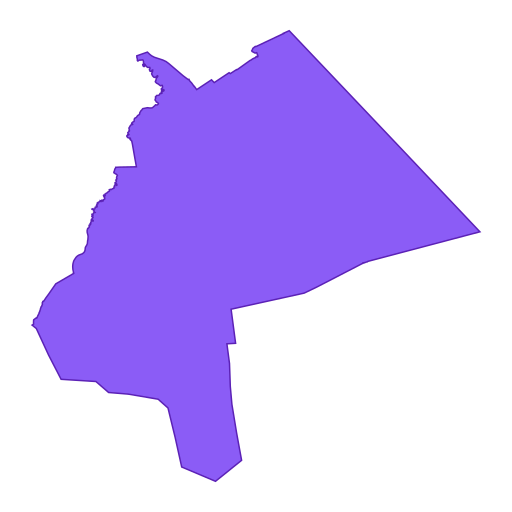 the district of Aa en Hunze, Drenthe, Netherlands
{"feature_id": "6326949B44247735625274", "entity_name": "Aa en Hunze", "entity_type": "district", "adm_level": 2, "iso_a3": "NLD", "parent_name": "Netherlands", "parent_adm1": "Drenthe", "projection": "orthographic", "projection_center": [6.676, 52.981], "detail": "fine", "context": "isolated", "style": "filled", "palette": "violet", "viewbox_px": 512, "rotation_deg": 0, "n_neighbors": 0, "source": "geoboundaries", "source_scale": "gbopen_adm2", "svg_char_len": 5711}
<svg xmlns="http://www.w3.org/2000/svg" viewBox="0 0 512 512"><path d="M390.7,137.6L289.2,30.7L283.6,33.2L283.8,33.4L256.1,46.5L255.7,46.6L255.3,46.4L252.9,48.3L252.2,50.0L251.7,50.8L252.1,51.5L255.1,53.1L255.8,52.9L256.2,52.7L256.7,52.7L256.9,53.1L257.3,54.4L257.6,54.8L257.8,55.4L257.9,56.2L257.7,56.8L257.3,56.9L256.5,56.4L256.3,56.5L256.0,56.7L255.8,57.3L255.4,57.7L254.6,57.9L252.6,58.9L250.9,60.1L250.0,60.5L238.1,69.0L236.8,69.8L236.5,69.6L230.3,73.6L229.1,72.7L214.2,82.6L211.5,79.8L196.7,89.6L194.6,86.7L194.4,86.4L194.2,86.5L191.6,82.9L189.8,81.0L188.9,79.3L188.4,79.6L188.1,79.5L183.3,75.9L168.6,63.4L166.0,61.5L162.8,60.0L154.5,57.3L151.6,55.8L149.7,54.3L147.4,52.1L136.8,55.8L136.9,57.5L137.4,59.3L137.3,60.3L137.7,61.0L138.0,61.0L139.0,60.3L139.7,60.1L140.7,60.1L142.7,59.9L143.0,60.1L143.4,61.2L143.5,61.6L143.5,62.7L143.8,63.9L143.5,64.3L142.8,64.4L142.7,64.8L143.1,65.9L143.5,66.4L144.1,66.6L144.5,66.3L144.6,65.8L144.4,64.3L144.5,64.1L145.1,64.5L145.4,65.2L145.9,65.9L147.3,67.2L148.0,67.5L149.7,67.4L150.0,68.0L150.0,68.4L149.9,68.8L149.4,69.6L149.4,69.8L149.9,70.7L150.1,71.3L151.4,71.4L151.8,70.6L152.3,70.0L152.7,70.0L152.7,70.6L152.5,71.7L151.6,73.7L151.7,74.1L152.3,75.2L152.6,75.9L154.0,77.3L154.5,77.4L155.9,77.0L156.4,76.7L157.1,75.9L157.4,75.7L157.6,75.8L157.8,76.1L157.6,76.6L157.3,77.2L156.2,78.4L156.0,80.1L155.3,81.5L155.4,81.9L156.5,83.1L158.2,84.0L160.5,85.8L160.8,85.8L162.0,85.3L162.3,85.4L162.6,86.8L162.4,87.8L161.3,88.8L161.5,90.3L161.8,90.7L162.2,90.7L162.4,90.3L162.4,90.0L162.4,89.8L162.8,89.5L163.7,89.6L163.9,89.9L164.0,90.4L163.8,90.8L162.9,91.3L161.4,91.7L161.3,92.1L161.7,92.5L162.0,93.0L161.9,93.3L161.3,93.5L160.4,93.3L160.0,93.5L159.6,94.6L159.3,94.9L158.1,95.4L156.8,95.4L155.4,96.9L155.4,97.2L155.7,97.6L155.7,98.0L155.1,99.4L155.1,100.1L156.0,101.3L156.4,102.1L157.2,102.3L158.4,103.4L158.2,104.0L157.9,104.5L157.5,104.8L157.0,105.0L155.5,104.8L154.8,105.7L153.7,106.6L152.6,107.6L151.9,107.9L149.9,108.0L147.4,107.7L142.9,108.6L142.6,108.8L142.0,109.7L141.0,110.7L139.9,112.5L139.6,113.6L139.5,114.4L138.6,115.0L137.6,115.6L136.8,116.8L136.2,117.5L134.8,118.2L134.3,119.0L134.1,121.1L134.0,121.5L133.6,121.7L132.8,122.0L131.7,123.1L131.6,123.4L131.7,123.6L132.4,123.9L132.6,124.1L132.7,124.4L132.6,124.5L131.4,124.6L131.1,124.8L130.2,125.8L129.8,126.6L129.0,127.9L128.9,128.1L129.0,128.5L129.3,129.2L129.0,130.5L129.4,130.9L129.1,131.3L127.8,132.6L128.1,133.6L128.8,134.3L128.9,134.6L128.5,134.8L128.2,134.7L128.0,134.3L127.8,134.3L127.6,134.8L127.8,135.1L127.7,135.3L127.0,135.6L126.8,135.9L126.8,136.2L127.3,137.1L127.9,137.6L128.1,137.8L130.2,138.1L130.3,138.4L130.1,138.7L130.2,138.8L129.9,138.9L130.2,139.5L131.0,140.3L131.7,140.9L132.4,144.1L134.8,157.9L136.4,166.8L119.9,167.1L115.7,167.3L115.7,167.6L115.7,167.8L114.8,169.1L114.3,171.2L113.8,172.2L114.1,173.0L114.7,173.2L115.4,173.8L116.3,174.2L117.4,175.3L116.8,176.6L116.5,178.0L116.6,178.4L116.9,178.7L116.9,178.9L115.8,180.1L116.4,180.7L116.4,181.3L115.9,182.2L115.1,182.6L115.0,182.8L115.1,183.4L115.3,183.8L115.9,183.8L116.3,183.6L116.5,183.7L116.9,184.7L116.9,185.2L116.5,185.4L115.9,185.0L115.0,184.9L114.6,185.2L114.4,185.8L114.3,186.2L114.6,186.8L113.9,187.2L113.9,188.3L112.3,188.8L111.5,189.5L110.4,189.3L109.3,189.7L109.2,189.8L109.5,190.4L109.6,190.7L109.4,191.1L107.6,192.2L106.8,193.1L106.1,193.3L105.6,193.9L105.1,194.0L104.9,194.6L104.6,195.0L103.7,195.1L103.5,195.7L103.6,195.8L104.2,195.7L104.5,195.4L105.0,195.6L104.6,196.1L104.6,196.6L104.0,196.4L103.9,196.6L104.6,197.9L104.7,198.2L104.6,198.6L104.7,199.0L103.5,199.7L103.5,200.0L103.0,200.5L103.1,200.9L103.0,201.0L102.4,200.8L101.9,201.3L101.6,200.7L101.6,200.4L100.6,201.2L100.4,200.7L100.1,200.6L100.0,201.5L98.2,202.3L97.4,202.9L97.9,203.7L96.9,204.2L97.0,205.2L96.5,205.3L96.3,206.1L96.4,206.4L97.1,206.5L97.1,206.8L96.5,207.1L95.2,207.2L95.1,207.4L95.0,208.3L94.9,208.8L94.3,209.1L94.0,209.4L93.0,209.1L92.9,208.7L91.9,209.1L92.1,209.4L93.2,209.7L94.1,210.6L94.1,210.8L93.8,211.1L94.2,211.4L94.3,211.7L95.0,212.5L94.6,212.6L94.1,212.3L93.3,213.3L93.0,214.3L92.9,214.4L92.6,214.5L92.3,214.2L91.9,214.3L92.1,214.9L92.9,215.6L93.0,215.8L92.7,216.2L92.3,216.0L91.8,216.2L91.8,216.4L92.0,216.7L92.8,217.2L93.0,217.4L92.8,217.9L92.2,218.5L92.0,219.3L91.5,219.3L91.3,219.8L91.8,220.1L92.2,220.0L92.9,220.2L93.2,220.5L93.2,220.9L93.0,221.1L91.4,220.7L91.2,220.8L91.1,222.0L90.7,222.6L90.8,223.2L90.2,223.5L90.0,223.9L90.0,224.4L90.4,224.5L90.0,225.1L89.2,225.2L89.0,226.0L89.4,226.7L89.4,226.9L88.2,228.4L87.8,228.3L87.7,228.4L87.3,229.8L87.1,230.7L87.2,232.5L87.9,235.1L88.0,235.9L88.1,236.6L87.9,239.2L87.8,240.1L87.6,240.6L87.4,243.2L87.2,244.1L86.6,245.3L85.5,247.1L85.3,247.7L85.1,249.7L84.9,250.6L84.5,251.6L84.0,252.4L83.2,253.1L82.3,253.8L78.8,255.1L77.4,256.0L76.3,257.0L75.7,257.8L74.5,259.6L73.7,261.0L73.0,263.6L72.8,265.0L72.7,266.8L72.9,269.5L73.7,273.1L73.4,273.2L73.5,273.5L55.8,283.8L48.8,293.9L46.0,297.7L43.7,301.2L43.3,301.1L42.8,301.5L42.8,302.0L42.4,302.5L42.2,303.0L42.4,303.6L42.4,304.1L42.4,304.5L42.2,304.7L41.5,306.6L41.2,306.7L40.7,308.1L40.5,308.5L40.5,308.9L40.4,309.4L40.0,310.5L40.0,310.9L39.7,311.2L39.4,312.3L39.1,312.6L39.1,313.4L38.4,314.4L38.2,315.2L37.9,315.5L36.9,317.9L36.5,318.1L36.2,317.9L33.7,319.8L33.6,320.2L33.5,322.7L33.6,324.1L32.1,325.1L36.3,328.5L48.5,354.9L61.1,379.3L95.9,381.5L108.6,392.5L128.1,394.1L158.1,399.2L168.0,408.0L175.1,437.2L181.7,467.0L215.5,481.3L241.6,460.3L236.7,433.5L231.9,404.3L230.3,386.4L229.5,363.5L226.9,343.8L235.6,343.3L231.1,309.2L304.2,293.1L316.9,287.0L362.2,263.6L362.8,263.4L362.7,263.2L362.8,262.9L364.3,262.6L364.4,262.8L366.5,262.0L367.5,261.8L367.8,261.4L479.9,231.8L390.7,137.6Z" fill="#8b5cf6" stroke="#5b21b6" stroke-width="1.5"/></svg>